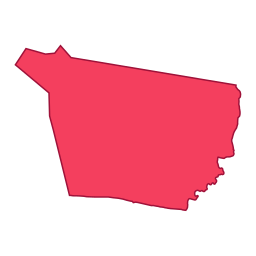 Colonia Valdense, Colonia, Uruguay (orthographic projection)
{"feature_id": "84410073B47178985540084", "entity_name": "Colonia Valdense", "entity_type": "district", "adm_level": 2, "iso_a3": "URY", "parent_name": "Uruguay", "parent_adm1": "Colonia", "projection": "orthographic", "projection_center": [-57.146, -34.39], "detail": "fine", "context": "isolated", "style": "filled", "palette": "rose", "viewbox_px": 256, "rotation_deg": 0, "n_neighbors": 0, "source": "geoboundaries", "source_scale": "gbopen_adm2", "svg_char_len": 2736}
<svg xmlns="http://www.w3.org/2000/svg" viewBox="0 0 256 256"><path d="M236.0,85.1L199.3,79.0L71.0,57.6L60.5,45.7L54.7,53.2L45.5,54.1L26.0,48.6L15.4,64.8L49.0,92.9L49.6,116.0L53.3,129.8L69.5,195.4L70.6,195.4L72.5,195.7L74.2,195.8L76.7,195.8L79.1,195.9L83.7,196.2L86.1,196.6L86.9,196.7L95.4,197.0L108.4,197.0L113.2,197.7L118.3,198.2L123.0,199.1L126.7,200.2L130.5,201.1L132.4,201.4L132.8,201.9L133.3,202.6L135.8,202.1L136.6,202.3L137.3,202.4L137.6,202.4L138.4,202.6L151.5,205.6L153.2,205.5L156.3,206.1L158.3,206.4L160.1,206.9L162.2,207.1L163.6,207.3L165.0,207.7L166.4,207.9L168.4,208.3L169.5,208.4L170.6,208.6L172.2,208.7L181.4,209.4L182.4,209.8L184.1,210.1L184.8,210.2L185.3,210.2L185.8,210.3L186.9,208.8L187.5,207.3L187.7,204.6L187.5,203.4L187.6,202.3L187.7,201.0L188.3,199.7L188.9,198.9L189.8,198.6L192.2,199.3L195.0,200.0L195.9,199.6L196.5,198.7L197.1,197.7L197.7,196.9L198.0,196.6L198.1,196.1L198.0,195.9L197.8,195.7L197.4,195.6L197.1,195.8L196.0,196.1L195.6,196.1L195.1,195.7L194.8,194.9L194.7,193.9L194.7,192.7L195.0,191.9L195.4,191.3L196.2,190.7L197.2,190.3L197.5,190.3L198.1,190.4L199.4,191.0L200.0,191.3L200.5,191.1L201.0,190.9L201.6,190.6L202.1,190.6L202.9,191.2L203.6,191.5L204.2,191.5L204.6,191.3L205.1,190.7L205.6,190.0L206.2,189.8L206.8,189.6L207.1,189.2L207.2,188.7L206.9,188.0L206.7,187.1L206.8,186.2L206.9,185.7L207.3,184.6L207.9,184.0L208.4,183.7L208.8,183.7L209.2,183.9L209.5,184.3L210.0,184.6L210.5,184.7L210.9,184.7L211.1,184.5L211.5,184.0L211.9,183.5L212.4,183.0L213.0,182.9L213.6,183.4L214.1,184.1L214.5,184.1L214.9,184.0L215.2,183.6L215.6,182.9L216.2,182.2L216.5,181.6L216.6,180.8L216.4,180.2L216.1,179.8L215.7,179.3L215.5,178.8L215.5,178.1L215.7,177.6L216.2,177.3L217.1,177.0L217.8,176.8L218.1,176.3L218.2,175.7L218.4,175.1L218.9,174.9L219.5,174.8L220.2,174.7L220.9,174.4L221.4,174.2L222.1,174.5L222.8,174.5L223.3,174.3L223.7,173.9L223.9,173.1L223.8,172.2L223.5,171.7L222.9,170.5L222.6,168.8L222.2,168.3L221.5,168.0L221.0,168.2L220.3,168.4L219.6,168.1L218.9,167.5L218.5,166.5L218.1,164.6L217.7,163.4L217.3,162.5L217.3,161.0L217.6,160.1L217.7,158.3L217.9,157.3L218.3,157.2L219.7,157.6L221.0,157.9L224.0,158.4L224.4,158.2L225.5,157.4L226.9,156.9L229.9,156.8L232.1,156.1L233.3,155.5L234.0,153.9L233.5,151.9L234.0,150.2L233.5,149.9L233.2,149.1L233.4,148.8L233.4,148.5L233.0,146.3L232.7,145.0L232.3,143.4L231.7,141.3L231.7,139.6L232.2,138.3L232.5,137.2L232.8,135.9L233.8,132.6L235.0,130.3L236.5,128.0L237.1,125.8L237.7,123.9L237.6,123.1L237.6,122.4L237.7,120.2L237.9,117.9L239.6,116.0L240.0,114.0L240.0,111.9L239.7,109.8L239.4,108.3L239.4,107.0L238.8,104.3L239.0,101.4L238.8,98.7L240.3,96.9L240.6,94.1L240.2,92.1L239.4,90.8L237.7,89.4L235.9,86.9L236.0,85.1Z" fill="#f43f5e" stroke="#9f1239" stroke-width="1.5"/></svg>